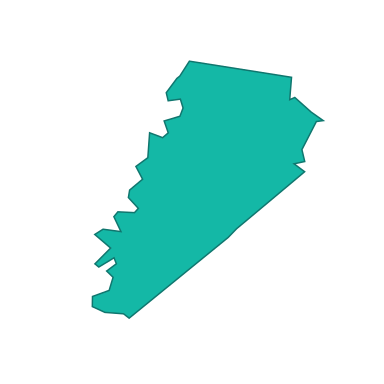 Woodford, Kentucky, United States of America (Equal Earth projection), rotated 36°
{"feature_id": "52423323B53246726964518", "entity_name": "Woodford", "entity_type": "district", "adm_level": 2, "iso_a3": "USA", "parent_name": "United States of America", "parent_adm1": "Kentucky", "projection": "equal_earth", "projection_center": [-84.767, 38.022], "detail": "fine", "context": "isolated", "style": "filled", "palette": "teal", "viewbox_px": 384, "rotation_deg": 36, "n_neighbors": 0, "source": "geoboundaries", "source_scale": "gbopen_adm2", "svg_char_len": 785}
<svg xmlns="http://www.w3.org/2000/svg" viewBox="0 0 384 384"><g transform="rotate(36 192 192)"><path d="M205.1,40.7L113.0,87.7L114.0,105.4L113.0,109.0L112.8,126.8L119.1,132.2L128.0,123.7L135.4,129.3L137.7,137.8L127.7,150.9L138.0,158.1L136.3,165.3L122.9,169.0L136.1,190.2L131.6,204.3L144.5,210.7L140.4,227.1L143.8,233.9L158.2,236.8L157.6,242.5L143.7,251.6L143.3,257.9L157.8,265.8L141.9,274.4L138.3,283.5L159.1,285.2L155.7,307.2L160.7,307.5L167.6,291.1L173.0,294.5L169.4,306.1L178.3,307.4L182.8,320.3L172.9,335.0L178.7,343.3L192.3,340.6L208.2,330.8L215.3,331.0L248.0,207.4L249.7,195.3L255.3,173.1L268.6,119.9L271.2,109.4L258.0,109.2L265.3,101.1L256.0,93.1L251.2,61.9L256.2,57.1L241.4,57.3L219.6,55.1L216.8,59.9L205.1,40.7Z" fill="#14b8a6" stroke="#0f766e" stroke-width="1.5"/></g></svg>